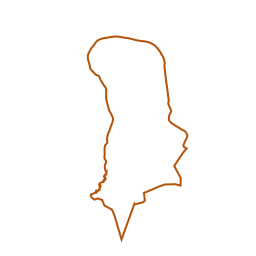 the district of La Pointe, Saint Lucia, rotated 237°
{"feature_id": "8701671B35754409069588", "entity_name": "La Pointe", "entity_type": "district", "adm_level": 2, "iso_a3": "LCA", "parent_name": "Saint Lucia", "parent_adm1": "", "projection": "natural_earth1", "projection_center": [-60.888, 13.916], "detail": "fine", "context": "isolated", "style": "outline", "palette": "amber", "viewbox_px": 256, "rotation_deg": 237, "n_neighbors": 0, "source": "geoboundaries", "source_scale": "gbopen_adm2", "svg_char_len": 4716}
<svg xmlns="http://www.w3.org/2000/svg" viewBox="0 0 256 256"><g transform="rotate(237 128 128)"><path d="M78.9,166.0L79.3,165.8L79.7,165.6L80.1,165.3L80.7,165.1L81.0,165.0L81.3,164.9L81.9,164.7L82.6,164.7L83.0,164.8L83.3,164.9L83.7,165.5L85.1,167.6L86.8,170.2L87.0,170.6L87.1,171.0L87.3,171.3L87.5,171.7L87.7,172.1L88.0,172.4L88.3,172.7L88.5,172.9L88.9,173.3L89.0,173.4L89.2,173.5L89.3,173.6L89.5,173.6L89.8,173.8L90.2,173.9L90.5,173.9L90.8,174.0L91.1,174.0L91.3,174.1L91.7,174.1L91.9,174.1L92.3,174.1L92.7,174.1L93.1,174.1L93.4,174.1L93.7,174.0L94.1,174.0L94.3,173.9L94.5,173.8L94.8,173.7L95.2,173.5L95.6,173.3L95.9,173.1L96.1,173.0L96.5,172.7L96.8,172.6L97.1,172.4L97.5,172.2L102.8,169.7L104.6,168.8L104.9,168.7L106.3,168.1L106.6,168.0L107.5,167.5L108.4,167.2L108.6,167.1L109.5,166.9L110.3,166.7L111.3,166.6L112.5,166.8L113.6,167.4L114.5,167.9L115.5,168.8L116.4,169.9L117.0,170.8L117.2,171.2L117.5,171.8L117.7,172.1L118.0,172.8L118.3,173.1L118.7,173.3L119.0,173.6L119.9,173.8L121.2,174.0L121.3,174.1L122.9,174.3L123.6,174.4L124.5,174.6L124.8,174.7L125.3,174.8L126.1,174.9L126.5,175.0L126.9,175.3L127.2,175.6L127.6,176.2L128.3,176.7L130.4,177.9L133.6,179.4L136.8,181.0L138.1,181.6L142.9,183.8L146.5,185.5L148.4,186.4L149.1,186.8L151.8,188.1L153.1,188.8L154.6,189.5L157.8,191.1L158.1,191.4L158.7,191.5L159.3,191.9L160.7,192.7L162.1,194.1L162.7,194.3L163.2,194.4L163.8,194.7L165.7,195.6L166.4,195.7L167.2,195.8L168.2,196.0L169.0,196.2L171.1,196.2L172.2,196.1L172.6,196.3L174.5,196.4L176.3,196.3L178.1,196.2L179.4,196.1L180.5,195.9L181.5,195.7L183.2,195.2L184.0,194.9L185.8,193.8L187.2,193.0L188.6,192.1L189.9,190.9L190.7,190.1L192.5,188.0L194.4,185.7L195.5,184.6L196.8,183.1L198.4,181.6L200.6,179.6L201.5,178.7L202.4,178.0L204.2,175.9L205.6,174.2L206.8,173.1L207.9,171.9L208.9,170.8L210.0,169.5L211.1,168.0L212.2,166.2L213.2,163.9L214.1,162.3L214.9,160.0L215.2,159.3L216.1,157.4L216.6,156.4L217.1,154.8L217.4,154.0L217.9,151.3L217.9,150.7L217.9,150.0L217.8,149.5L217.5,148.0L217.0,146.8L216.5,145.4L216.2,144.7L215.7,143.4L215.1,141.4L214.9,140.8L214.7,140.4L213.9,138.7L213.4,137.8L212.6,136.5L211.8,135.2L211.6,134.9L211.1,134.4L210.8,133.9L209.6,133.1L209.3,132.9L207.9,132.1L206.8,131.6L206.1,131.4L204.8,131.1L203.0,130.6L201.9,130.2L200.8,129.7L199.8,129.3L198.6,128.8L197.5,128.7L196.2,128.8L194.6,129.2L194.0,129.4L193.8,129.4L191.3,129.8L190.6,129.9L189.8,130.3L188.8,131.2L187.8,131.7L187.2,131.8L186.5,131.8L186.0,131.7L184.9,131.4L184.2,131.3L183.4,131.2L181.9,131.1L180.0,131.1L179.8,131.1L179.4,131.1L177.1,131.0L175.2,131.2L174.2,131.2L173.2,131.0L172.9,130.9L172.5,130.8L171.5,130.3L170.5,129.6L170.0,129.3L167.4,127.5L167.1,127.2L166.0,126.6L165.3,126.2L164.7,125.8L164.1,125.5L163.8,125.4L160.7,124.3L158.4,123.4L157.8,123.3L157.2,123.1L155.5,122.6L154.8,122.4L154.6,122.3L154.3,122.1L153.0,121.9L152.2,121.7L150.0,121.6L148.1,121.4L146.4,121.1L145.0,120.9L144.1,120.5L143.1,119.8L142.0,118.9L141.8,118.7L141.1,117.9L140.7,117.3L139.8,116.1L139.6,115.7L138.3,114.0L137.0,112.4L136.6,111.8L135.3,109.9L133.9,108.1L132.8,106.8L132.6,106.6L131.5,105.5L131.0,105.1L130.6,104.8L129.9,104.3L129.7,104.1L129.1,103.8L129.0,103.7L128.0,103.2L127.5,102.9L127.0,102.6L126.9,102.4L126.7,102.1L126.5,101.5L126.4,101.2L126.3,100.8L126.3,100.5L126.0,99.5L125.6,99.0L125.4,98.8L125.2,98.6L123.5,97.1L122.4,96.4L121.8,96.1L121.1,95.6L119.6,94.7L118.8,94.2L118.6,94.0L118.2,93.8L117.4,93.1L116.7,92.6L116.5,92.4L116.2,92.1L115.8,92.0L115.0,91.7L113.5,91.6L113.3,91.6L111.9,91.4L111.2,90.9L110.6,90.3L110.3,89.8L109.8,88.9L109.2,88.3L108.5,87.8L108.2,87.5L107.9,87.4L107.3,86.8L106.8,86.7L106.7,86.6L106.0,86.4L105.7,86.4L105.4,86.3L104.3,86.0L103.7,85.9L103.4,85.8L103.0,85.8L103.1,86.3L102.4,85.8L101.2,84.9L100.8,84.6L100.7,84.4L101.0,83.7L101.4,83.3L101.2,82.8L101.1,82.7L101.0,82.3L100.8,82.1L100.6,81.6L100.3,81.3L100.1,81.3L99.8,81.6L99.6,81.9L99.1,81.5L98.5,81.2L98.3,81.5L98.3,81.8L97.8,81.7L97.3,81.2L96.9,80.5L96.9,80.3L97.5,79.9L97.7,79.4L97.3,78.9L97.0,78.9L96.6,78.8L96.3,78.5L96.2,78.1L96.3,77.6L96.8,76.8L97.0,75.7L97.0,75.0L96.3,74.3L96.6,73.9L96.7,73.4L96.3,72.9L95.9,72.9L95.9,73.3L95.6,74.0L95.2,73.8L94.9,73.3L94.9,72.8L94.5,72.3L94.2,72.3L93.6,72.8L93.1,71.6L92.4,70.5L92.0,70.8L91.7,70.7L91.6,69.9L91.6,68.6L92.0,67.6L92.4,67.3L92.8,67.3L92.8,66.9L92.3,66.8L91.5,67.1L91.2,66.8L91.0,66.5L91.1,65.8L91.7,65.0L91.9,64.2L91.9,62.8L92.4,61.4L92.5,60.7L90.0,59.6L86.2,60.8L85.5,64.1L81.7,67.1L75.7,66.0L68.3,70.1L62.0,69.0L38.1,61.9L60.7,91.8L60.3,91.7L57.5,100.3L57.9,102.6L58.1,102.7L65.0,106.1L64.8,106.7L64.4,108.2L62.8,117.5L62.4,120.3L60.7,127.9L57.5,133.1L55.2,137.0L51.1,140.7L56.3,144.3L57.2,145.0L71.0,146.1L77.3,160.7L78.9,166.0Z" fill="none" stroke="#b45309" stroke-width="2"/></g></svg>